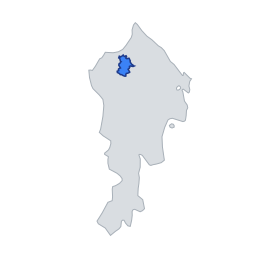 Artik, Shirak, Armenia shown in context, rotated 54°
{"feature_id": "60910142B41372146219443", "entity_name": "Artik", "entity_type": "district", "adm_level": 2, "iso_a3": "ARM", "parent_name": "Armenia", "parent_adm1": "Shirak", "projection": "orthographic", "projection_center": [44.01, 40.585], "detail": "fine", "context": "in_parent", "style": "filled", "palette": "blue", "viewbox_px": 256, "rotation_deg": 54, "n_neighbors": 0, "source": "geoboundaries", "source_scale": "gbopen_adm2", "svg_char_len": 2799}
<svg xmlns="http://www.w3.org/2000/svg" viewBox="0 0 256 256"><g transform="rotate(54 128 128)"><path d="M114.7,153.8L112.9,150.9L104.0,141.6L95.7,134.4L90.1,131.5L84.4,131.8L75.6,133.2L72.3,132.6L64.6,129.5L58.2,125.7L59.1,124.2L60.5,123.0L58.9,118.2L55.4,110.3L55.8,107.9L54.6,104.5L53.4,101.9L58.4,95.8L60.7,90.9L61.3,86.1L60.0,81.1L56.7,72.1L54.7,69.5L51.0,67.0L47.9,63.0L47.1,60.2L49.7,59.6L57.4,59.6L64.9,58.7L70.7,56.8L79.2,55.2L82.6,53.8L86.7,53.2L99.1,54.6L103.7,53.4L117.5,53.1L117.9,52.5L116.0,50.6L116.0,49.9L124.2,48.6L125.5,47.7L126.6,50.7L129.8,54.0L133.2,55.4L135.0,57.2L135.1,58.6L129.1,60.4L128.8,61.2L129.2,62.1L131.0,62.4L139.4,66.5L144.2,66.6L146.8,67.8L148.1,70.3L152.2,73.7L155.4,76.9L155.7,78.1L155.1,79.8L146.2,86.4L145.1,88.7L145.0,91.0L149.1,98.0L155.0,105.6L163.6,111.3L175.4,117.5L175.6,121.4L173.9,126.1L172.4,129.3L171.7,131.5L170.3,132.4L158.6,132.5L156.9,133.3L156.1,134.2L156.1,135.0L160.3,136.3L166.9,141.2L170.8,146.0L174.8,148.0L179.3,151.8L182.9,155.3L188.5,159.8L194.6,158.2L203.0,162.1L203.4,164.9L202.9,167.4L197.8,170.3L197.2,171.5L197.2,172.4L198.0,173.8L201.1,175.9L204.7,179.2L208.9,184.0L207.1,185.6L203.4,185.9L200.4,185.4L199.4,186.4L199.5,188.1L203.5,191.7L204.3,194.5L204.2,199.3L204.6,205.3L195.6,205.2L188.0,208.3L185.1,207.8L183.1,202.7L181.4,198.5L176.3,187.9L177.5,183.5L174.7,181.0L168.1,176.6L166.4,174.8L167.3,172.2L167.8,167.4L167.1,163.6L165.4,162.5L162.1,162.5L158.2,163.5L150.3,167.3L144.8,165.0L141.6,162.7L139.7,160.7L135.6,162.4L134.6,161.7L134.3,156.7L133.0,154.1L130.5,151.0L128.2,149.5L119.8,152.7L114.7,153.8ZM126.8,65.3L127.1,63.5L126.7,61.9L125.3,61.4L123.7,61.9L123.6,63.7L124.1,65.3L125.8,66.1L126.8,65.3ZM153.9,92.4L152.0,93.5L150.2,93.0L150.2,90.3L151.5,89.2L153.0,89.2L154.4,90.1L153.9,92.4Z" fill="#d9dde1" stroke="#a8b0b8" stroke-width="1"/><path d="M66.1,89.0L66.3,90.0L66.1,92.6L65.6,92.3L64.8,92.8L65.8,94.3L67.2,93.9L68.4,94.4L69.7,94.9L70.3,94.6L70.5,95.7L71.0,96.6L70.7,97.3L71.7,98.5L73.1,98.7L75.0,98.8L74.7,100.3L74.7,101.0L75.1,101.4L76.1,101.8L75.7,103.4L76.9,104.0L78.1,103.3L79.1,102.9L80.2,102.9L80.6,102.5L80.9,102.0L81.3,101.7L82.3,101.3L82.8,101.1L83.5,100.6L84.0,100.3L84.6,99.6L84.7,99.2L84.2,98.8L83.4,98.3L82.9,97.3L83.0,97.0L83.5,96.1L83.9,94.2L83.8,93.7L80.5,93.4L80.4,93.1L80.5,92.0L80.2,91.6L79.9,91.2L79.8,90.8L79.3,90.8L79.0,90.6L79.4,89.2L79.5,89.1L80.0,88.9L81.0,88.0L81.3,87.6L81.5,86.5L81.1,86.8L80.6,87.2L80.2,87.2L79.8,87.0L79.4,87.2L78.8,87.5L78.3,87.5L77.0,87.5L76.5,87.5L75.7,87.4L75.1,86.7L74.5,86.6L74.0,86.5L73.4,86.4L72.7,86.2L72.1,86.2L72.0,86.6L71.8,86.9L71.6,87.2L71.5,87.9L71.1,88.3L70.3,88.7L69.8,88.3L69.6,87.8L69.5,87.3L68.9,87.1L68.4,87.1L68.3,87.4L68.3,87.9L68.3,88.6L67.9,88.9L67.3,89.0L67.1,89.0L66.1,89.0Z" fill="#3b82f6" stroke="#1e3a8a" stroke-width="1.5"/></g></svg>